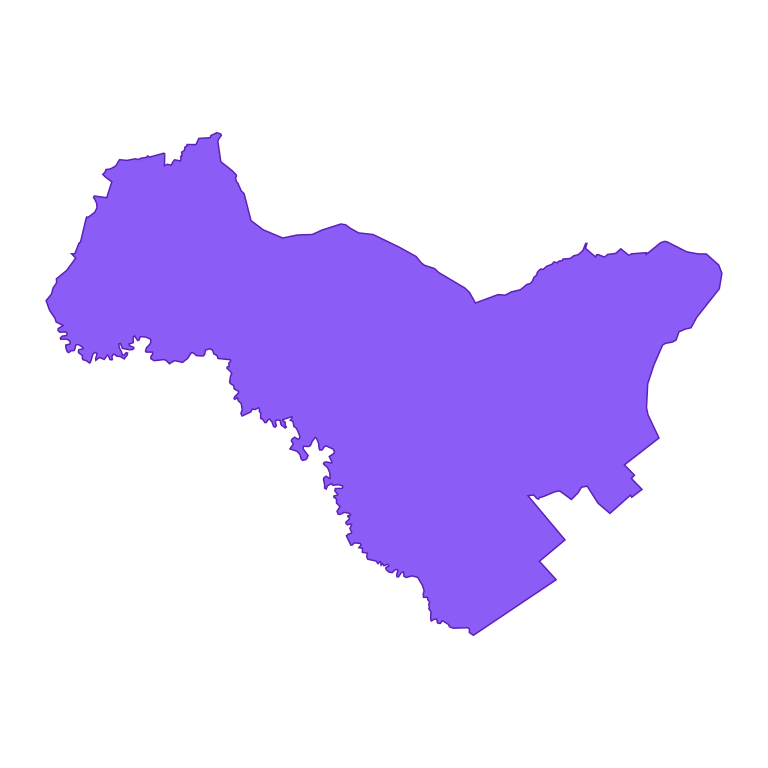 Carand, Arad, Romania (Albers equal-area conic projection)
{"feature_id": "2599482B38117953708036", "entity_name": "Carand", "entity_type": "district", "adm_level": 2, "iso_a3": "ROU", "parent_name": "Romania", "parent_adm1": "Arad", "projection": "albers", "projection_center": [22.035, 46.447], "detail": "fine", "context": "isolated", "style": "filled", "palette": "violet", "viewbox_px": 768, "rotation_deg": 0, "n_neighbors": 0, "source": "geoboundaries", "source_scale": "gbopen_adm2", "svg_char_len": 6054}
<svg xmlns="http://www.w3.org/2000/svg" viewBox="0 0 768 768"><path d="M473.4,635.3L556.2,579.7L539.4,561.3L565.0,539.9L528.0,495.8L533.1,495.0L535.5,496.7L536.4,498.3L538.7,499.1L539.8,497.3L542.5,496.9L554.8,491.8L559.7,490.9L571.4,499.5L578.0,492.9L581.5,487.2L587.2,486.2L598.1,503.3L609.9,513.4L630.4,495.2L631.7,497.3L642.0,489.4L631.4,478.5L634.5,475.2L624.4,464.9L659.0,438.0L648.0,414.8L646.5,407.8L647.7,383.8L653.8,365.3L662.6,345.0L665.7,343.3L671.9,342.2L676.0,340.2L679.0,331.8L685.5,329.0L691.0,327.8L696.8,317.2L719.3,288.8L721.9,273.3L718.7,265.0L706.3,254.0L697.8,253.9L686.6,251.8L666.8,241.7L664.4,241.4L660.6,242.7L646.3,254.4L646.3,252.7L631.5,253.8L629.6,255.1L628.3,254.9L620.8,248.8L615.7,253.4L607.7,254.4L604.6,257.1L598.2,254.6L596.6,254.8L595.5,256.9L585.5,248.4L586.9,243.4L585.7,243.5L582.8,250.7L578.3,254.6L573.5,255.9L570.3,258.5L563.0,259.0L562.1,260.7L559.2,261.0L557.0,262.7L553.9,261.9L551.9,264.3L546.8,266.2L542.8,269.7L541.1,268.9L539.6,269.7L537.2,272.5L537.0,274.2L535.7,276.0L534.0,277.2L532.2,281.6L529.9,283.7L526.9,284.4L520.5,289.7L511.4,291.9L505.1,295.2L498.0,294.6L475.4,303.0L469.5,292.4L464.8,288.0L438.7,272.5L434.6,268.6L424.5,265.3L421.1,262.7L416.1,256.5L398.9,247.0L373.0,234.5L358.6,232.9L350.2,228.2L345.7,224.8L340.9,224.0L322.1,230.0L312.3,234.5L297.4,235.0L282.6,238.0L263.2,229.8L251.0,220.6L244.1,193.7L241.1,190.7L238.1,183.6L236.5,181.6L235.5,177.8L236.5,176.1L236.2,174.9L232.1,170.6L220.8,161.7L217.9,141.7L218.4,139.5L221.4,135.3L220.5,133.9L216.9,132.7L210.9,135.5L210.3,137.7L198.9,138.4L195.9,144.6L187.1,144.5L186.6,146.3L184.9,147.1L184.4,150.4L181.6,152.2L182.1,155.6L180.6,156.4L181.1,158.3L180.4,160.9L174.6,159.8L172.4,162.6L171.4,165.2L167.3,164.3L164.5,165.6L164.7,153.7L163.8,153.2L149.3,157.2L147.7,155.9L146.5,157.3L140.2,158.4L138.9,159.6L135.3,158.8L127.0,160.4L119.5,159.7L115.7,166.0L110.2,169.0L106.0,169.5L104.9,172.3L102.8,174.3L105.2,176.9L111.8,181.8L106.7,197.7L94.3,196.0L93.5,197.7L94.7,199.0L96.7,203.5L97.0,207.9L94.7,212.3L87.8,217.5L86.8,216.9L86.1,218.5L80.6,241.7L78.9,243.3L74.8,253.8L71.6,253.8L75.7,258.1L66.6,270.5L56.4,278.8L56.6,282.8L53.1,287.9L51.5,294.1L46.1,300.6L49.6,310.4L55.1,318.5L56.1,322.0L63.1,325.5L58.2,328.6L58.1,330.5L59.8,332.2L65.1,331.9L67.1,333.0L67.1,334.4L66.1,335.6L62.3,336.1L60.3,338.0L60.6,339.2L67.0,339.2L69.9,341.1L70.2,343.4L69.7,344.1L65.7,345.1L66.1,348.5L67.2,351.7L68.7,352.6L71.2,350.7L74.0,350.6L74.9,349.1L75.8,345.1L77.0,344.5L79.5,345.1L82.8,347.6L83.2,348.8L79.0,349.6L78.4,350.8L78.6,352.7L82.4,355.6L82.3,358.3L82.9,359.7L85.9,360.5L89.7,363.0L90.5,362.2L92.7,354.8L93.6,353.4L95.8,352.4L97.0,353.7L95.6,358.8L95.8,360.3L99.4,357.5L104.2,359.4L107.5,355.0L108.6,356.1L109.9,359.5L111.9,359.9L112.5,359.2L111.9,357.6L112.2,356.1L113.4,354.3L114.6,354.3L116.8,356.2L119.9,356.4L124.2,358.9L127.2,355.0L127.6,353.1L126.2,352.6L124.0,354.9L122.2,355.0L121.7,352.3L119.1,347.3L119.0,343.8L120.5,343.5L122.4,348.4L129.6,349.8L132.8,349.5L133.8,348.5L133.7,347.3L129.6,345.7L129.0,344.0L133.2,342.7L133.2,337.2L134.5,335.9L137.6,340.5L138.8,340.3L140.4,336.6L146.0,337.1L150.3,339.1L150.9,340.6L150.3,343.7L146.4,347.9L145.5,351.1L146.3,352.1L152.4,352.1L152.7,353.9L150.8,356.8L150.9,358.7L154.1,360.7L164.0,359.6L166.1,360.4L169.4,363.8L174.5,360.6L182.5,362.4L187.6,358.5L191.3,352.7L193.5,352.9L196.3,355.6L203.1,356.0L204.5,354.7L205.6,350.1L209.4,348.8L212.6,350.2L213.8,353.9L217.0,355.5L218.0,358.5L230.3,359.7L230.6,361.2L228.8,363.2L229.1,366.2L227.2,367.0L226.9,368.2L230.4,371.4L231.7,373.6L230.5,376.1L229.6,381.9L230.3,383.5L233.6,385.5L234.2,388.9L238.5,391.3L238.3,393.2L234.6,396.9L234.0,398.7L235.1,399.3L237.4,397.7L238.3,400.8L241.2,403.5L242.2,409.6L240.9,413.6L242.1,416.0L250.9,411.9L252.2,409.1L255.1,409.5L258.6,407.8L259.4,409.2L259.4,411.6L260.6,412.6L260.7,418.5L262.6,419.1L264.9,422.6L266.2,422.6L268.3,419.5L269.6,419.1L272.0,422.0L273.6,426.5L275.1,427.2L276.4,425.8L275.3,421.4L276.5,420.2L279.0,420.0L280.1,420.6L281.1,424.9L285.2,428.0L286.3,427.2L285.2,424.8L285.2,422.2L282.7,420.4L282.8,419.6L291.9,416.7L292.0,418.2L290.2,420.3L292.9,421.3L293.9,426.5L296.0,427.8L297.2,429.8L299.6,435.7L299.8,438.0L298.2,439.3L294.6,437.2L291.9,439.2L291.3,441.0L292.9,443.2L292.9,444.7L289.9,448.9L296.9,451.2L299.9,454.4L301.1,458.9L302.5,460.4L305.8,459.6L307.0,458.3L308.1,455.4L303.4,449.4L303.0,448.1L303.5,446.3L308.5,446.5L310.4,445.7L312.3,441.2L315.4,437.4L316.4,438.2L318.6,443.2L319.0,448.2L319.9,450.1L322.1,449.9L324.6,446.4L326.1,445.9L333.3,449.2L334.3,451.6L334.0,453.4L329.2,456.5L331.8,461.8L331.5,463.0L326.1,461.9L324.3,462.3L323.5,463.4L323.8,464.4L327.6,467.6L329.7,472.6L330.1,476.3L329.8,478.5L326.1,476.2L323.8,477.9L323.5,479.6L324.6,484.4L324.6,488.1L326.2,489.1L327.4,485.9L331.3,483.6L332.8,485.3L338.6,484.7L342.5,485.9L342.7,487.4L341.9,488.4L335.4,488.5L334.8,490.8L337.8,494.5L337.2,495.3L334.1,495.8L333.7,497.0L336.5,499.1L336.5,503.1L340.0,506.6L337.0,511.3L338.2,514.2L340.2,514.4L344.0,512.4L348.8,513.2L350.5,514.4L350.3,515.4L347.9,515.7L347.9,516.7L349.3,517.9L349.4,519.2L346.2,521.8L345.9,523.3L347.3,524.8L350.5,524.0L351.6,524.5L349.9,528.4L351.6,532.1L351.4,533.2L348.1,534.2L346.4,535.8L350.8,545.1L352.0,545.1L354.5,542.9L360.3,543.4L361.1,544.8L358.9,547.7L362.5,548.3L362.3,552.3L367.4,553.2L366.7,556.8L367.7,559.2L376.0,561.0L378.0,563.7L379.8,561.6L380.6,561.7L381.1,565.2L382.6,563.7L383.9,565.7L387.8,564.3L388.7,565.4L388.6,566.4L386.1,567.3L385.7,568.3L386.5,570.0L389.2,572.2L392.1,572.6L395.4,569.7L397.1,569.6L397.9,570.6L396.6,574.9L397.0,576.8L398.5,576.9L401.2,572.8L403.2,571.9L403.7,572.5L403.9,576.2L406.0,577.5L412.1,575.9L417.6,577.3L422.4,585.3L424.1,590.7L423.2,594.1L423.5,597.3L427.5,597.4L427.8,599.8L429.6,601.8L428.8,604.5L429.3,606.9L428.8,608.9L430.9,611.6L430.7,619.5L431.3,621.0L434.4,619.1L436.7,619.2L437.5,622.9L438.8,623.4L440.4,623.4L442.0,621.0L443.7,621.4L448.5,624.5L449.5,626.8L453.2,628.2L467.5,627.7L469.5,629.1L469.3,632.5L473.4,635.3Z" fill="#8b5cf6" stroke="#5b21b6" stroke-width="1.5"/></svg>